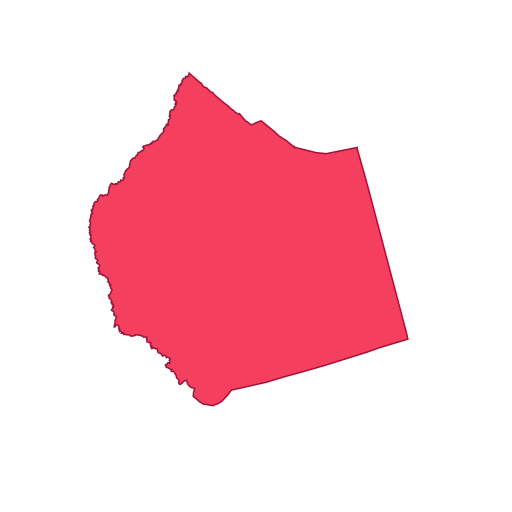 the district of Same, Kilimanjaro, United Republic of Tanzania, rotated 40°
{"feature_id": "72390352B83063272545753", "entity_name": "Same", "entity_type": "district", "adm_level": 2, "iso_a3": "TZA", "parent_name": "United Republic of Tanzania", "parent_adm1": "Kilimanjaro", "projection": "albers", "projection_center": [37.677, -4.203], "detail": "fine", "context": "isolated", "style": "filled", "palette": "rose", "viewbox_px": 512, "rotation_deg": 40, "n_neighbors": 0, "source": "geoboundaries", "source_scale": "gbopen_adm2", "svg_char_len": 6075}
<svg xmlns="http://www.w3.org/2000/svg" viewBox="0 0 512 512"><g transform="rotate(40 256 256)"><path d="M87.3,158.9L88.0,159.6L88.0,161.0L88.6,162.3L86.7,163.7L87.3,164.2L87.5,165.2L86.2,166.7L86.7,169.5L87.5,169.6L88.0,171.0L87.6,172.5L88.5,173.3L87.3,174.3L87.2,174.6L88.9,177.4L89.4,179.6L90.4,179.5L90.3,179.9L89.8,180.4L89.8,181.1L89.9,181.9L90.5,182.2L90.2,183.6L90.8,184.0L90.3,184.6L90.0,186.1L91.4,186.8L92.1,188.1L92.8,188.5L93.4,189.2L94.7,188.5L95.4,188.9L95.6,189.7L96.5,189.5L96.3,191.4L97.2,191.0L97.4,191.4L97.2,192.0L98.1,193.3L97.7,194.4L98.7,196.4L98.7,197.2L98.3,197.4L98.1,198.1L97.2,198.5L97.2,200.8L97.9,201.4L98.1,202.1L98.8,203.1L99.8,203.4L99.5,204.0L99.7,204.7L100.8,204.5L101.5,204.9L101.4,206.6L101.8,207.2L101.4,208.0L101.9,208.7L102.4,208.9L102.9,210.4L103.7,211.4L104.7,211.7L104.5,212.4L103.3,212.1L102.7,212.8L103.7,214.8L103.4,215.8L103.6,216.6L103.2,217.7L104.3,218.7L104.6,219.7L105.4,220.0L105.5,221.7L105.0,223.0L105.2,224.3L105.0,225.8L105.4,226.6L105.2,228.0L106.1,230.1L106.1,230.7L105.2,231.5L105.4,232.8L103.4,234.3L103.8,235.4L103.1,236.1L104.0,237.0L102.7,238.0L103.1,239.3L101.4,240.6L99.8,243.4L99.2,244.0L99.2,245.2L100.6,245.7L101.3,245.6L101.6,248.0L100.8,248.6L100.4,250.0L100.5,250.6L100.1,251.5L99.2,252.4L100.1,254.9L99.7,255.9L100.2,258.6L98.8,260.1L98.9,262.0L98.6,262.8L98.8,264.1L100.0,266.1L100.2,266.9L101.2,268.4L101.8,268.8L101.7,271.9L101.3,272.3L101.7,273.6L101.2,274.7L102.2,276.9L102.3,278.4L104.5,280.2L104.6,280.8L104.0,281.3L104.1,281.5L104.7,281.1L104.8,281.2L104.9,282.2L105.4,283.0L105.3,283.7L104.7,284.3L103.6,284.7L104.3,285.9L104.0,286.6L103.0,287.3L102.9,288.1L103.6,289.9L103.0,290.5L102.1,290.6L101.8,290.9L102.0,291.6L100.7,292.9L99.9,292.7L98.5,293.2L98.6,295.3L99.5,296.6L99.2,297.8L100.5,299.0L101.0,300.8L102.2,301.5L102.5,302.5L102.5,304.0L103.2,304.5L103.1,304.9L101.3,306.0L100.0,308.6L99.1,308.1L98.2,308.5L97.5,310.0L97.6,310.5L97.9,310.8L98.3,312.6L98.3,314.8L99.2,315.2L99.4,316.3L99.0,317.0L98.3,317.0L97.8,319.2L99.3,321.8L98.9,322.2L99.5,323.2L100.1,323.1L100.5,325.2L101.1,325.6L100.9,326.1L100.3,326.3L100.2,326.5L101.2,327.6L102.5,327.8L103.3,328.3L102.7,329.4L102.9,330.3L104.1,330.9L103.8,331.8L104.6,332.5L104.6,333.3L105.5,334.1L105.4,335.4L106.1,336.3L107.6,336.8L108.4,337.5L108.7,338.9L109.9,339.7L109.4,341.4L111.2,341.6L111.2,342.4L111.9,343.3L112.7,343.4L112.9,343.9L113.6,343.9L113.2,345.0L114.5,345.3L114.5,346.1L115.3,346.5L115.7,345.9L116.1,345.9L116.4,346.7L117.9,348.2L118.2,348.8L117.9,349.6L118.2,349.7L118.6,349.4L119.0,350.0L119.7,350.0L119.6,350.7L119.8,351.2L121.7,351.1L122.9,351.8L124.3,351.2L126.0,351.6L126.0,352.6L126.2,353.1L126.0,353.8L128.2,354.4L129.9,355.5L131.0,355.4L130.9,356.1L130.2,356.8L131.2,357.5L131.5,358.4L131.8,358.6L133.2,359.0L133.9,360.8L134.4,360.6L135.2,361.1L135.7,360.7L137.4,360.9L137.8,361.5L137.6,362.3L138.5,363.7L141.7,363.4L142.5,363.8L142.8,365.1L142.6,365.9L143.2,365.9L143.3,366.1L143.2,367.1L144.4,367.1L144.8,368.8L145.1,368.9L146.2,368.2L147.4,370.5L150.1,368.8L150.8,369.5L151.6,369.1L152.4,368.4L155.6,368.7L156.7,368.5L157.3,368.7L157.5,369.2L158.1,369.3L158.9,370.0L158.9,371.0L160.1,370.6L160.7,370.7L161.1,371.4L161.5,371.3L162.1,371.8L162.3,371.3L163.1,371.4L163.0,372.8L164.4,372.8L165.4,374.2L166.5,374.1L167.3,374.4L168.8,379.2L168.2,380.6L168.5,381.3L168.8,381.5L169.4,381.3L169.5,381.7L170.5,382.3L170.8,382.8L172.6,382.4L173.5,383.0L174.6,383.1L174.9,383.7L174.6,384.6L175.1,384.9L175.7,384.7L176.1,384.9L177.8,386.2L177.3,385.4L177.4,384.8L178.8,385.6L179.3,386.2L179.0,386.8L179.6,387.2L179.2,387.6L180.1,388.4L179.7,390.1L180.7,390.5L182.3,390.1L183.7,390.3L183.8,390.0L184.0,391.2L184.7,391.6L184.9,392.5L186.3,392.5L187.8,391.9L188.4,392.6L189.4,395.9L190.1,396.9L190.8,397.3L192.3,400.6L193.0,401.5L193.5,400.5L193.2,399.2L193.9,398.2L195.0,397.5L197.4,399.1L197.7,400.0L198.2,400.2L198.8,399.8L199.3,401.0L200.0,401.6L200.3,400.8L201.3,400.5L202.4,400.9L202.4,401.7L203.8,400.8L204.0,400.1L204.7,400.9L205.4,401.0L205.8,400.2L206.7,400.0L207.2,399.5L208.7,398.8L209.5,397.7L209.8,397.6L211.2,398.0L211.6,397.5L212.3,397.4L212.5,396.8L213.3,396.4L213.6,395.4L214.5,394.7L214.3,393.7L215.6,393.0L216.4,392.2L217.0,392.3L217.0,392.0L218.1,391.0L219.7,391.0L220.5,390.1L222.0,390.5L224.3,388.3L224.7,388.4L225.2,388.9L225.4,390.1L226.4,390.3L227.6,391.9L228.4,391.2L229.7,391.2L230.8,390.1L231.4,390.3L231.7,391.4L233.0,392.6L233.6,392.7L233.8,392.1L234.3,392.0L234.6,393.5L235.1,394.0L235.6,393.9L235.6,393.3L236.4,393.1L236.5,392.2L236.9,391.8L238.9,391.7L239.9,390.5L240.7,390.8L242.0,392.5L243.1,392.8L243.9,392.8L245.4,391.8L248.9,392.8L249.3,391.3L249.6,390.8L251.5,390.6L252.6,391.5L252.8,390.8L253.9,390.2L255.3,389.7L256.5,389.8L256.1,390.5L256.7,391.8L257.8,392.2L259.0,393.5L259.0,393.8L258.6,394.0L257.7,393.9L257.1,394.4L257.3,396.8L256.6,397.2L256.9,398.1L258.2,398.2L258.5,398.8L258.9,398.9L260.7,398.1L262.9,397.8L264.4,397.2L264.4,398.0L265.3,398.9L266.7,397.6L268.6,397.6L270.2,398.6L271.5,398.7L272.8,399.9L274.0,400.5L275.4,400.4L276.7,400.6L277.2,401.0L278.3,403.0L279.6,403.4L280.5,403.1L281.1,401.6L281.1,398.7L282.4,396.0L283.4,396.1L284.1,397.0L287.0,398.3L288.9,398.5L290.9,398.4L294.0,396.8L294.4,397.7L294.6,397.6L295.9,400.8L297.2,402.4L297.6,403.3L298.5,404.1L301.7,403.7L304.9,404.0L306.7,403.9L310.7,403.3L318.4,398.8L319.7,397.7L320.2,395.7L321.6,394.1L323.2,389.3L323.6,382.2L323.6,378.1L323.3,376.5L323.4,375.1L323.7,374.1L344.9,346.3L354.8,331.1L366.4,314.3L379.2,295.3L403.4,257.4L409.6,246.7L425.8,222.1L420.7,218.2L307.3,138.2L290.6,126.5L263.8,108.3L263.7,107.9L244.0,132.5L235.6,138.2L215.7,147.9L215.4,147.8L215.6,148.1L204.5,148.1L202.7,148.5L196.0,149.3L191.2,148.9L173.1,149.1L170.5,153.5L168.7,157.6L167.6,158.8L166.5,158.9L163.4,158.7L162.0,159.2L159.1,158.9L152.2,157.7L152.3,157.9L150.3,158.8L147.3,159.2L144.9,159.0L142.3,159.4L139.0,159.0L131.4,159.3L120.5,159.2L119.5,159.1L117.9,158.5L116.7,159.2L115.9,159.3L111.9,159.2L110.6,158.9L106.7,160.1L103.0,158.8L101.5,159.2L87.3,158.9Z" fill="#f43f5e" stroke="#9f1239" stroke-width="1.5"/></g></svg>